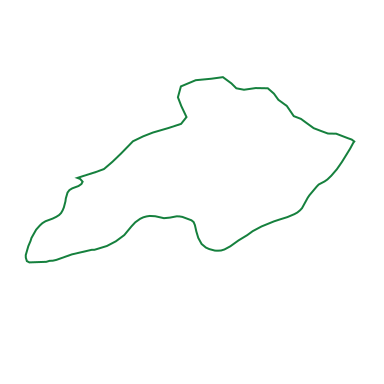 outline of Kim Hyong Gwon, Ryanggang, North Korea, rotated 21°
{"feature_id": "82179303B61862606891781", "entity_name": "Kim Hyong Gwon", "entity_type": "district", "adm_level": 2, "iso_a3": "PRK", "parent_name": "North Korea", "parent_adm1": "Ryanggang", "projection": "albers", "projection_center": [128.041, 40.654], "detail": "fine", "context": "isolated", "style": "outline", "palette": "green", "viewbox_px": 384, "rotation_deg": 21, "n_neighbors": 0, "source": "geoboundaries", "source_scale": "gbopen_adm2", "svg_char_len": 1592}
<svg xmlns="http://www.w3.org/2000/svg" viewBox="0 0 384 384"><g transform="rotate(21 192 192)"><path d="M325.4,86.7L322.3,85.8L318.4,85.9L314.6,85.9L310.8,85.9L305.7,85.9L298.0,88.7L290.4,88.8L282.7,88.8L272.6,86.1L267.5,84.7L259.8,84.7L249.7,77.7L239.6,75.0L233.2,70.8L225.6,68.0L214.1,72.2L203.9,77.9L196.2,79.3L189.9,76.5L179.7,73.7L169.5,79.3L155.4,86.3L143.8,97.4L144.9,108.6L151.2,115.6L160.0,124.0L157.4,132.3L147.1,140.7L134.2,150.5L126.5,157.5L118.7,165.8L112.1,181.2L106.9,192.3L101.6,202.1L95.2,207.7L84.8,216.0L80.0,219.9L83.0,219.9L86.2,221.6L85.9,224.2L83.9,227.1L78.9,231.5L76.9,234.1L76.0,237.1L76.5,243.2L77.2,246.1L77.9,252.3L77.8,255.5L77.3,258.6L76.2,261.1L74.2,263.8L71.4,266.8L65.7,271.8L63.5,274.7L62.0,277.7L60.0,283.0L58.6,292.4L58.8,295.5L58.6,301.3L59.4,310.5L60.4,312.9L62.0,314.9L62.6,315.7L65.4,316.0L81.0,309.4L83.7,307.3L86.7,306.0L89.7,304.0L102.2,293.3L119.1,281.9L121.5,281.0L122.7,280.1L131.9,272.9L138.6,265.3L144.2,256.5L147.8,245.8L149.9,240.6L153.2,235.6L155.6,233.1L158.3,231.1L161.1,229.5L166.4,227.8L175.2,226.5L180.6,223.8L186.4,220.2L189.0,219.3L191.9,218.7L201.6,218.6L204.3,219.5L206.6,221.9L210.2,227.3L214.3,232.6L219.6,237.1L224.9,238.9L228.5,239.1L234.4,238.5L237.0,237.6L240.1,236.2L242.9,234.0L247.2,229.0L252.8,220.5L259.0,212.5L262.7,206.8L269.3,199.2L279.1,190.0L283.9,186.1L290.1,181.2L295.5,176.0L297.7,173.4L299.4,170.4L300.5,167.7L302.1,155.9L302.8,152.9L306.5,142.2L307.6,139.6L312.0,134.6L313.9,131.8L316.2,126.9L319.1,118.8L321.2,110.2L324.1,94.8L324.9,88.5L325.4,86.7Z" fill="none" stroke="#15803d" stroke-width="2"/></g></svg>